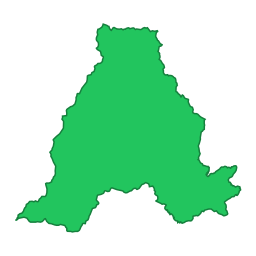 outline of Galyani Vadhana, Chiang Mai, Thailand
{"feature_id": "78962969B83448610007189", "entity_name": "Galyani Vadhana", "entity_type": "district", "adm_level": 2, "iso_a3": "THA", "parent_name": "Thailand", "parent_adm1": "Chiang Mai", "projection": "natural_earth1", "projection_center": [98.331, 19.015], "detail": "fine", "context": "isolated", "style": "filled", "palette": "green", "viewbox_px": 256, "rotation_deg": 0, "n_neighbors": 0, "source": "geoboundaries", "source_scale": "gbopen_adm2", "svg_char_len": 5830}
<svg xmlns="http://www.w3.org/2000/svg" viewBox="0 0 256 256"><path d="M205.1,119.3L201.2,117.3L199.6,116.1L198.0,114.4L196.7,113.7L194.4,113.6L192.9,112.7L192.7,111.8L193.2,109.7L192.6,107.8L192.3,107.2L191.3,107.0L190.0,106.0L188.5,102.7L188.2,101.4L188.5,99.8L188.2,99.3L185.4,98.5L184.5,97.8L183.4,95.7L182.3,95.0L181.0,96.9L179.7,94.7L178.3,93.8L177.2,92.1L176.5,91.9L175.9,91.3L176.1,87.0L177.3,85.2L176.9,84.1L177.0,83.3L176.0,82.2L175.8,79.9L175.4,78.4L174.5,77.7L174.1,77.7L173.2,76.7L171.8,75.7L169.8,75.4L168.4,75.8L167.7,74.7L165.7,75.0L165.0,74.8L163.9,73.7L163.4,72.6L163.4,70.4L163.1,69.9L163.0,69.2L164.4,67.6L164.4,67.2L163.8,65.0L162.3,63.3L160.7,60.5L159.2,59.4L160.0,57.2L159.9,55.9L159.5,54.6L159.6,53.4L158.0,51.4L158.5,50.2L159.1,46.8L159.5,46.4L160.8,46.1L161.8,45.4L162.1,44.7L160.2,43.7L158.4,40.8L157.5,40.3L157.0,38.9L155.8,36.8L155.7,35.7L156.3,32.6L156.8,32.0L157.6,31.6L157.7,31.3L157.3,30.7L154.7,31.3L152.4,30.8L150.4,31.6L147.4,27.7L146.3,28.1L144.4,27.6L142.8,28.3L141.4,29.4L140.6,29.6L136.6,29.0L135.3,29.5L134.2,28.3L133.2,27.9L129.8,28.7L128.9,27.9L128.2,27.8L126.1,28.5L125.4,29.3L124.2,29.1L123.1,29.8L121.3,28.8L119.4,29.2L116.7,28.9L114.1,27.5L113.2,27.7L111.3,30.4L110.8,30.1L109.5,28.4L108.9,26.4L108.1,26.3L106.9,25.4L103.2,24.1L102.7,25.7L101.8,27.2L99.4,28.9L97.9,29.3L97.2,32.2L97.7,34.8L96.5,37.5L96.3,39.1L96.6,40.4L98.3,42.5L98.5,44.6L98.3,46.2L97.5,47.4L96.4,48.2L96.5,48.5L97.4,49.6L100.2,51.2L100.7,52.1L101.3,55.4L103.2,56.6L103.3,57.7L102.6,59.5L102.4,61.5L100.5,63.3L97.9,63.5L96.6,65.0L94.9,65.8L94.4,66.8L95.0,68.4L94.1,71.5L91.9,72.6L91.1,74.7L88.3,75.3L87.4,76.0L87.2,79.8L86.7,82.1L82.0,88.1L79.5,93.7L77.8,93.5L77.1,94.0L76.8,96.1L76.1,97.3L76.1,100.0L75.0,103.9L72.6,106.1L70.6,106.7L67.2,109.1L66.7,109.7L66.4,110.6L66.8,113.2L66.6,115.6L62.5,116.1L62.6,117.3L62.0,119.2L63.3,120.8L63.6,121.6L63.4,128.2L59.7,133.8L56.6,136.3L53.3,139.5L53.3,140.2L54.1,141.8L53.3,146.4L52.2,148.5L52.1,149.6L51.7,150.3L49.9,152.2L51.1,154.4L50.9,156.3L52.2,158.6L53.5,162.1L55.7,166.1L55.2,170.9L55.4,173.4L54.9,175.6L53.4,177.2L53.2,178.5L51.8,180.3L51.6,181.8L49.2,183.1L46.5,183.1L45.7,183.6L45.9,185.0L47.0,188.9L46.9,192.6L46.1,195.5L45.1,196.5L41.9,196.4L40.6,198.2L39.3,199.2L38.6,201.0L37.9,201.7L36.9,201.6L35.5,200.9L33.9,201.8L32.1,201.3L29.6,201.5L28.1,203.4L26.4,204.4L25.8,206.9L24.6,208.1L23.7,210.3L23.3,211.7L22.6,212.1L21.8,213.3L20.1,213.6L18.1,215.1L18.0,217.0L17.2,217.9L16.7,219.6L15.4,220.3L16.7,220.0L18.6,218.3L24.0,217.2L26.9,218.1L29.3,221.4L30.5,222.1L35.8,222.1L37.4,221.7L40.5,222.1L42.1,221.6L43.7,220.1L44.5,218.9L45.4,218.7L46.7,221.3L48.9,223.4L51.3,223.7L54.7,224.9L56.8,225.3L58.7,225.2L60.5,224.4L64.9,225.5L65.8,227.2L66.8,228.3L66.8,230.3L66.9,230.8L67.6,231.3L70.8,231.4L72.3,231.9L75.2,231.4L77.7,231.4L79.2,230.4L79.8,229.5L81.0,226.6L82.1,225.1L82.5,223.8L83.1,223.4L85.3,223.6L85.8,221.2L88.0,219.8L88.8,217.7L89.1,216.1L90.1,214.4L92.4,208.5L95.4,207.6L96.0,206.7L96.7,204.7L97.8,204.5L98.6,203.7L98.7,203.1L98.4,202.3L96.6,200.4L96.3,199.8L97.3,195.7L97.8,195.1L101.0,194.4L103.2,193.4L103.8,192.8L104.6,191.0L105.2,190.7L107.6,191.5L109.1,191.3L109.8,190.6L110.6,188.7L111.4,188.0L112.1,187.9L116.9,189.6L122.4,190.8L123.2,191.2L124.0,192.2L125.5,192.8L127.0,192.7L129.9,191.1L131.5,190.7L133.1,189.0L134.0,188.4L135.8,188.3L136.7,189.3L137.4,189.3L139.2,188.3L141.8,184.6L143.7,183.9L145.7,182.6L148.6,183.8L149.1,184.9L149.4,186.7L152.7,186.1L153.9,187.8L154.4,189.1L154.3,190.5L155.4,191.5L154.8,193.8L155.7,194.9L157.1,195.7L157.7,196.4L157.9,198.6L157.6,199.6L157.0,200.3L156.0,200.8L156.0,201.1L160.9,203.4L162.1,204.2L164.0,203.9L166.0,204.8L166.1,205.4L165.0,207.0L164.9,208.5L165.5,209.5L166.6,210.3L166.6,209.8L167.4,209.9L167.7,210.6L167.7,211.8L168.2,211.9L168.9,212.9L169.4,212.6L169.4,213.5L170.0,213.7L169.9,214.5L170.3,214.5L171.0,213.8L171.5,214.0L172.9,215.5L173.2,216.7L174.2,217.4L174.1,217.9L173.6,218.1L174.4,219.6L175.8,220.7L177.6,221.1L177.7,222.5L178.4,221.9L179.6,222.5L179.6,222.8L180.2,222.7L180.4,221.9L181.0,222.1L181.9,222.7L181.9,223.1L182.2,223.2L184.2,222.5L185.9,221.4L188.6,220.7L190.5,220.9L191.6,220.6L193.0,218.6L193.0,216.4L193.3,216.0L194.9,215.9L196.1,215.4L197.4,215.8L198.4,215.5L200.6,213.4L201.2,212.1L202.1,211.1L203.7,211.6L204.6,210.2L208.8,209.0L211.3,209.1L214.3,211.5L216.5,210.9L217.7,212.6L218.8,213.6L222.1,214.7L223.5,215.7L224.5,215.7L225.8,215.3L227.3,214.5L227.7,213.8L226.9,211.0L225.8,209.7L225.8,208.6L226.1,207.9L226.2,207.0L226.0,205.0L224.6,203.0L224.6,201.8L228.5,199.0L229.9,198.4L231.8,196.8L234.0,196.6L235.6,194.7L236.3,194.6L236.6,195.3L237.1,195.4L237.9,194.6L239.0,192.5L239.3,191.1L240.6,189.9L240.4,188.9L239.7,188.5L240.1,187.8L239.7,186.7L239.1,186.8L237.8,186.1L235.4,187.0L234.5,186.3L234.0,186.1L233.7,185.7L232.6,185.8L232.0,184.9L231.0,184.8L231.1,183.6L230.7,183.3L230.3,182.4L229.1,182.3L228.2,179.9L229.1,178.2L229.7,177.6L230.4,177.5L231.9,176.7L232.6,175.8L233.2,174.3L235.2,172.0L236.1,170.4L236.4,169.0L236.7,167.6L236.5,166.6L235.9,165.8L234.0,165.9L232.6,166.8L231.5,166.8L230.9,168.0L230.4,168.2L229.6,167.5L228.4,167.3L227.4,167.8L226.7,166.9L225.5,166.4L224.5,166.4L223.5,167.1L221.6,167.0L220.6,167.7L219.7,169.0L215.8,171.6L214.6,173.1L213.6,173.2L213.0,173.7L211.5,173.5L210.2,174.0L209.6,175.2L208.0,176.5L206.6,175.5L206.2,174.4L207.1,174.3L207.6,173.9L207.0,172.9L207.5,172.4L208.3,172.6L208.2,171.4L209.0,171.1L209.2,167.4L208.4,167.1L208.1,166.4L207.1,166.5L204.0,165.5L203.2,165.6L202.3,163.8L200.5,162.9L198.9,159.9L198.1,159.6L198.7,158.8L198.5,157.3L199.7,154.8L200.1,153.6L199.4,151.9L198.9,148.3L198.4,146.7L198.4,145.5L199.2,143.6L200.4,139.3L200.3,137.5L201.2,132.0L202.5,131.1L203.1,130.1L204.3,129.3L204.3,126.6L204.6,125.2L204.2,123.2L204.3,120.3L205.1,119.3Z" fill="#22c55e" stroke="#15803d" stroke-width="1.5"/></svg>